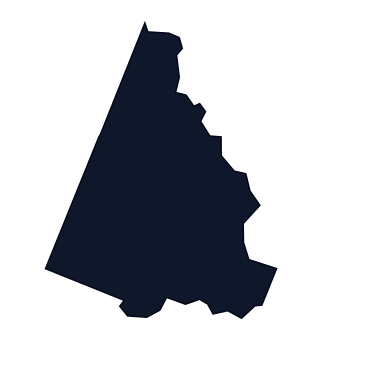 the district of San Juan, Colorado, United States of America, rotated 112°
{"feature_id": "52423323B96240484202678", "entity_name": "San Juan", "entity_type": "district", "adm_level": 2, "iso_a3": "USA", "parent_name": "United States of America", "parent_adm1": "Colorado", "projection": "robinson", "projection_center": [-107.715, 37.802], "detail": "fine", "context": "isolated", "style": "filled", "palette": "ink", "viewbox_px": 384, "rotation_deg": 112, "n_neighbors": 0, "source": "geoboundaries", "source_scale": "gbopen_adm2", "svg_char_len": 664}
<svg xmlns="http://www.w3.org/2000/svg" viewBox="0 0 384 384"><g transform="rotate(112 192 192)"><path d="M112.4,209.6L107.2,218.0L111.8,222.4L104.4,233.7L105.8,244.5L90.4,246.8L70.9,257.6L62.5,254.8L53.7,261.6L53.4,272.9L60.1,292.9L53.0,299.0L172.2,298.5L176.2,299.0L318.0,299.1L317.9,214.3L325.0,216.2L331.0,205.3L325.1,187.1L313.5,177.5L299.2,176.1L298.5,156.0L288.7,144.9L290.0,135.5L297.2,126.8L288.7,114.5L290.5,98.8L273.8,90.9L270.8,84.9L231.4,84.9L233.4,114.0L219.4,125.4L202.0,132.7L178.9,124.1L169.3,138.7L155.0,148.9L156.8,160.7L147.4,178.5L130.0,185.7L133.4,196.4L123.3,210.5L112.4,209.6Z" fill="#0f172a" stroke="#020617" stroke-width="1.5"/></g></svg>